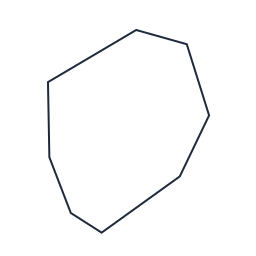 outline of Rose Island, United States of America, rotated 70°
{"feature_id": "52423323B32289273643205", "entity_name": "Rose Island", "entity_type": "district", "adm_level": 2, "iso_a3": "USA", "parent_name": "United States of America", "parent_adm1": "", "projection": "orthographic", "projection_center": [-168.153, -14.542], "detail": "fine", "context": "isolated", "style": "outline", "palette": "slate", "viewbox_px": 256, "rotation_deg": 70, "n_neighbors": 0, "source": "geoboundaries", "source_scale": "gbopen_adm2", "svg_char_len": 264}
<svg xmlns="http://www.w3.org/2000/svg" viewBox="0 0 256 256"><g transform="rotate(70 128 128)"><path d="M38.7,86.8L57.5,187.5L128.6,211.9L188.3,210.8L217.3,188.6L191.2,95.9L143.9,47.5L69.4,44.1L38.7,86.8Z" fill="none" stroke="#1e293b" stroke-width="2"/></g></svg>